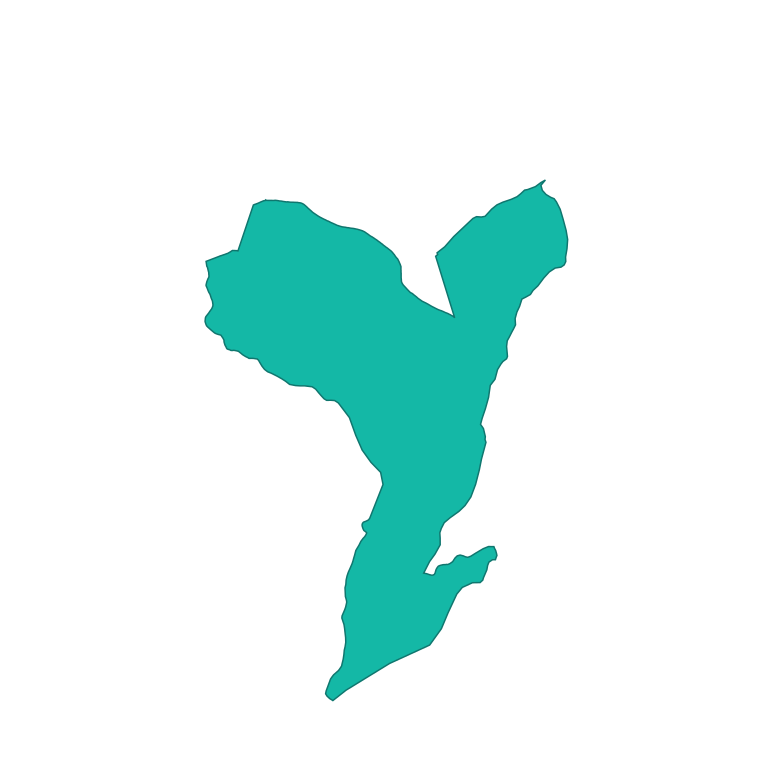 the district of Desrameaux, Dauphin, Saint Lucia, rotated 316°
{"feature_id": "8701671B79417644951649", "entity_name": "Desrameaux", "entity_type": "district", "adm_level": 2, "iso_a3": "LCA", "parent_name": "Saint Lucia", "parent_adm1": "Dauphin", "projection": "mercator", "projection_center": [-60.926, 14.037], "detail": "fine", "context": "isolated", "style": "filled", "palette": "teal", "viewbox_px": 768, "rotation_deg": 316, "n_neighbors": 0, "source": "geoboundaries", "source_scale": "gbopen_adm2", "svg_char_len": 6159}
<svg xmlns="http://www.w3.org/2000/svg" viewBox="0 0 768 768"><g transform="rotate(316 384 384)"><path d="M341.2,172.2L338.4,176.1L338.3,176.4L338.0,177.5L336.1,180.7L335.4,182.0L334.1,183.5L333.1,184.8L331.9,185.6L330.5,186.0L327.5,187.4L326.1,188.3L324.9,189.1L324.3,189.7L323.5,191.9L322.3,194.7L321.6,196.6L321.3,198.1L320.8,199.4L320.1,200.7L319.1,202.8L318.7,204.0L318.1,205.3L317.3,206.4L316.0,208.2L314.9,209.1L313.3,209.8L312.4,210.2L308.8,210.8L307.7,211.1L302.7,211.8L301.4,212.4L300.4,213.3L299.3,214.2L298.6,214.9L297.4,217.3L296.8,218.9L296.8,220.8L297.1,225.0L297.6,229.6L298.2,231.3L299.3,233.4L299.9,234.3L300.6,235.6L300.0,239.1L299.6,240.5L299.2,241.5L298.6,242.1L298.0,242.9L297.0,244.8L296.5,246.0L296.2,247.4L295.7,248.6L295.5,249.8L296.0,250.9L296.7,252.0L297.2,253.5L298.1,254.5L299.0,255.1L299.8,256.0L301.3,258.2L302.0,259.4L302.5,263.1L302.6,264.5L303.5,268.1L304.4,270.5L304.7,271.8L306.3,273.3L307.7,274.7L310.2,278.0L310.2,279.9L309.6,282.2L308.6,286.6L308.2,290.5L308.8,294.4L310.3,297.7L312.5,303.9L314.1,309.3L315.1,313.6L315.8,318.7L319.3,323.7L322.5,327.2L325.7,330.3L330.4,336.1L331.3,340.3L330.9,344.8L330.7,348.7L330.6,353.0L331.4,355.9L334.4,358.7L337.0,361.6L338.0,365.9L335.8,384.1L328.0,401.4L322.4,416.4L320.2,431.4L320.2,445.2L313.5,455.6L280.6,470.6L278.5,471.0L276.0,470.3L273.2,469.1L271.7,469.3L270.5,470.0L269.7,470.9L268.8,472.6L268.2,474.0L267.8,475.4L268.2,477.9L268.1,479.1L266.6,479.8L264.3,480.4L262.9,480.5L262.0,480.5L258.2,481.1L255.1,482.2L254.0,482.6L250.6,483.5L248.1,484.2L244.0,486.7L241.3,488.2L239.0,489.6L236.4,491.0L231.4,493.1L227.6,494.6L224.1,496.4L220.6,498.7L217.3,501.7L214.4,503.5L208.5,510.2L207.6,512.0L206.3,514.2L205.3,515.3L201.5,517.8L198.9,519.1L192.7,521.7L191.1,523.1L188.1,529.3L185.9,532.4L180.2,539.8L177.0,543.3L173.6,545.9L170.5,547.9L167.4,550.6L163.5,553.6L159.1,556.4L157.8,557.3L156.4,557.7L153.5,558.3L152.1,558.5L145.7,558.2L143.1,558.6L140.6,559.1L129.2,564.6L126.8,566.3L126.2,569.1L126.4,572.6L127.1,575.2L127.3,576.2L144.1,577.9L193.9,588.9L235.5,603.5L255.3,599.9L271.1,593.1L290.4,585.7L299.0,584.7L309.6,588.4L315.2,593.6L318.8,593.7L321.1,592.4L328.9,589.1L332.5,586.5L335.8,585.0L340.0,585.8L342.1,587.8L344.3,586.6L346.1,585.8L347.3,583.9L348.7,581.3L349.3,579.1L350.1,577.3L346.2,573.5L341.0,571.4L333.1,569.5L326.9,568.2L323.9,566.9L322.6,565.0L321.6,562.6L319.9,559.9L317.3,558.5L314.3,558.5L310.0,559.5L306.8,559.0L304.6,558.2L303.4,557.0L303.0,556.8L301.1,555.1L298.4,553.5L296.6,552.8L294.8,553.0L292.7,553.6L290.9,554.6L289.4,555.5L287.9,555.9L286.5,555.5L285.4,554.6L284.2,552.6L282.9,550.1L281.2,547.6L293.4,543.4L302.5,541.8L312.7,538.7L317.3,533.9L320.8,529.8L324.9,527.7L331.0,525.6L338.6,526.1L349.7,527.7L357.9,527.7L368.0,525.6L380.2,519.8L392.9,512.0L402.0,505.7L416.8,496.8L418.2,494.0L420.3,492.3L424.6,485.1L425.4,480.1L430.9,476.8L439.8,472.2L450.0,466.2L455.1,462.2L459.5,458.8L467.1,457.7L475.7,452.5L481.8,450.9L485.1,450.4L489.7,451.0L492.0,449.9L498.3,442.1L502.7,438.5L506.9,437.2L512.4,435.3L515.6,434.3L519.7,432.8L523.8,428.0L529.5,424.6L535.5,422.3L542.2,418.7L546.5,420.0L551.5,421.3L556.3,420.2L562.8,420.3L572.8,418.7L580.8,418.2L587.7,419.5L592.5,422.9L596.3,423.5L599.8,422.2L602.8,418.8L609.6,413.8L616.5,407.6L621.7,400.0L627.3,389.9L632.1,380.7L634.5,372.9L635.1,368.9L633.6,365.5L632.2,360.2L632.4,354.7L634.9,350.1L640.6,349.5L641.8,349.4L636.9,348.1L630.0,347.2L622.4,343.9L619.8,342.2L614.3,342.1L609.8,341.7L603.7,339.5L595.9,335.8L589.7,333.6L582.9,333.0L573.2,333.6L570.0,331.5L566.8,327.9L563.0,326.7L536.5,326.4L523.0,327.5L513.3,326.5L512.5,328.2L509.9,328.0L480.8,385.5L480.9,384.7L480.6,383.1L480.5,382.5L480.1,381.5L480.0,380.9L479.7,379.9L479.4,379.2L478.9,377.6L477.7,375.1L477.0,373.1L476.8,372.7L476.6,372.2L476.0,370.8L475.7,370.4L474.6,368.0L473.7,365.5L473.1,363.7L472.3,361.4L471.5,358.6L471.2,357.4L470.8,356.2L470.5,355.2L469.6,352.7L469.0,351.1L468.6,349.1L468.0,346.0L467.9,344.6L467.9,344.1L467.5,341.1L467.4,340.6L467.3,339.4L467.3,338.9L467.1,338.2L466.9,337.6L466.7,337.1L466.5,336.4L466.5,334.6L466.4,334.1L466.5,333.2L466.4,332.4L466.5,331.6L466.6,326.6L466.7,325.5L467.3,323.3L467.9,322.2L468.6,321.4L469.2,320.7L470.2,319.4L473.3,316.2L473.9,315.4L475.0,314.3L475.9,313.2L477.7,311.4L478.7,309.3L479.5,307.1L479.9,306.2L480.2,305.0L480.5,304.2L480.7,303.4L480.7,301.9L480.8,300.6L481.0,299.4L481.2,298.5L481.3,297.8L481.3,296.5L481.5,295.6L481.5,293.2L481.3,292.1L481.3,291.7L481.2,290.9L481.0,290.2L481.0,289.5L480.9,288.9L480.8,288.2L480.7,287.5L480.5,287.1L480.4,286.2L480.4,285.9L480.0,283.6L480.0,282.5L479.6,280.6L479.6,280.3L479.5,279.6L479.5,279.3L479.1,277.5L478.9,275.7L478.7,275.2L478.7,274.7L478.4,273.7L478.3,272.9L477.5,269.4L477.3,269.1L476.9,267.4L476.5,264.8L476.4,264.4L476.2,263.5L475.9,261.8L475.6,260.7L474.9,258.8L474.5,258.1L474.2,257.4L473.9,256.9L472.4,254.3L471.1,252.4L470.4,251.3L469.5,250.2L469.1,249.7L468.4,248.9L466.7,246.5L466.3,246.2L465.1,244.4L464.7,244.0L464.4,243.5L463.3,242.2L462.2,240.4L461.5,239.1L461.3,238.8L461.0,238.1L460.8,237.8L460.4,237.1L459.9,235.6L459.2,233.9L458.9,233.1L458.0,231.0L457.1,228.2L456.6,227.4L455.9,225.2L455.2,223.5L453.8,219.3L453.2,217.0L452.6,214.1L452.1,211.8L451.9,210.5L451.9,209.6L451.8,208.3L451.7,207.4L451.7,206.7L451.6,206.0L451.5,205.2L451.5,204.2L451.5,203.2L451.4,202.7L451.4,201.7L451.2,199.9L451.1,199.1L450.8,198.0L450.5,197.2L450.0,196.1L449.2,195.0L448.3,193.9L447.7,193.0L447.4,192.8L446.7,192.0L445.9,191.3L445.7,191.0L445.3,190.5L445.0,190.3L444.0,189.2L443.3,188.6L442.5,187.6L441.4,186.2L441.1,185.9L440.4,185.4L440.2,185.1L439.8,184.6L438.1,182.4L437.5,181.5L436.6,180.4L436.1,179.9L435.3,178.7L434.9,178.2L434.3,177.4L433.6,176.6L433.2,176.1L432.5,175.7L432.1,175.3L427.0,170.3L426.8,169.4L426.2,169.6L425.5,169.1L424.3,168.4L423.4,168.1L421.5,167.3L420.6,167.1L420.3,166.9L419.6,166.7L417.7,165.9L417.1,165.6L416.8,165.6L416.0,165.1L414.4,164.5L371.4,186.8L370.7,185.8L369.0,184.0L368.4,183.4L367.9,182.8L367.0,182.5L365.7,182.3L362.4,181.5L361.0,180.8L359.7,180.3L357.9,179.4L356.5,178.8L355.0,178.0L353.9,177.6L341.2,172.2Z" fill="#14b8a6" stroke="#0f766e" stroke-width="1.5"/></g></svg>